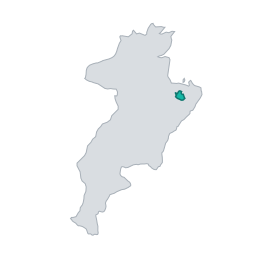 location of Kusong City, P'yŏngan-bukto, North Korea, rotated 163°
{"feature_id": "82179303B13626815484241", "entity_name": "Kusong City", "entity_type": "district", "adm_level": 2, "iso_a3": "PRK", "parent_name": "North Korea", "parent_adm1": "P'yŏngan-bukto", "projection": "albers", "projection_center": [125.193, 39.953], "detail": "fine", "context": "in_parent", "style": "filled", "palette": "teal", "viewbox_px": 256, "rotation_deg": 163, "n_neighbors": 0, "source": "geoboundaries", "source_scale": "gbopen_adm2", "svg_char_len": 3803}
<svg xmlns="http://www.w3.org/2000/svg" viewBox="0 0 256 256"><g transform="rotate(163 128 128)"><path d="M154.9,188.1L154.0,188.6L152.4,191.6L151.0,195.3L149.6,197.4L148.0,198.5L146.2,199.3L142.6,199.6L139.3,199.5L138.2,199.1L133.7,199.5L132.4,199.8L125.9,199.6L122.6,200.0L120.4,200.8L118.3,202.3L116.4,204.6L114.8,207.1L111.5,211.5L109.1,213.7L109.2,216.8L109.1,217.7L108.3,218.4L108.0,218.1L106.6,217.9L101.0,215.1L96.5,216.9L95.4,219.2L94.2,219.9L92.3,215.5L89.3,215.4L84.6,211.6L82.6,212.4L82.1,214.0L79.5,217.5L75.9,220.5L74.7,220.9L73.4,220.7L73.6,219.9L72.1,216.6L66.4,215.2L64.3,213.8L63.3,213.5L68.9,209.8L70.4,209.2L69.3,208.3L68.1,207.9L63.5,208.5L61.1,207.2L57.6,207.6L55.2,206.6L60.2,203.1L60.5,200.9L60.4,199.3L62.9,194.5L65.5,191.9L72.0,188.1L74.9,187.6L77.0,187.8L78.7,187.4L76.9,186.0L75.1,185.3L71.7,185.5L68.2,183.3L67.9,181.0L74.7,166.6L74.8,165.3L73.7,161.8L73.4,158.3L68.5,156.4L66.4,156.1L60.2,152.3L57.8,150.3L56.8,150.9L56.6,154.0L55.7,154.7L54.1,155.2L53.3,151.7L52.0,149.2L47.9,146.5L46.5,145.1L47.2,142.0L46.9,141.7L47.5,138.3L50.1,135.6L56.2,130.9L57.8,128.7L60.9,126.0L62.3,126.1L63.7,125.9L64.2,124.7L64.5,123.8L65.7,123.0L68.7,121.6L72.1,119.7L74.8,119.1L78.1,116.3L79.4,115.0L80.7,115.0L81.1,114.4L81.9,112.9L82.9,111.9L84.4,111.7L86.7,111.0L89.7,110.6L91.7,108.2L92.4,106.4L93.7,104.5L96.5,102.4L98.4,99.4L100.6,96.0L101.6,95.0L102.6,94.7L103.2,93.5L103.8,90.0L104.7,86.5L105.3,84.9L107.8,83.1L108.4,82.2L108.9,81.9L110.1,82.2L111.6,81.1L113.0,79.9L114.4,80.3L115.7,81.2L117.2,83.1L117.8,84.6L119.0,85.8L119.2,87.6L120.4,88.4L122.7,88.8L126.6,89.9L129.1,89.9L130.6,90.8L133.6,91.2L139.6,90.3L142.0,90.7L143.1,91.8L144.7,92.7L145.6,92.7L146.9,91.1L148.2,88.5L149.1,86.5L149.0,85.0L148.1,83.3L146.1,81.9L144.8,79.5L143.4,77.1L142.7,76.3L142.1,75.1L141.9,73.3L142.3,72.0L145.2,71.1L149.0,70.5L152.1,70.9L157.2,70.4L160.3,69.6L162.6,69.6L164.8,69.5L165.7,68.4L168.6,65.7L170.0,64.7L171.5,62.9L171.7,61.1L171.9,59.6L172.7,58.0L174.2,56.1L175.5,55.1L177.0,55.1L178.6,56.0L179.6,56.8L180.7,56.5L181.6,54.9L182.2,54.6L184.0,54.4L184.5,53.4L184.9,48.9L185.4,45.4L185.5,42.9L186.8,38.8L187.2,36.3L188.1,35.1L189.2,35.2L190.1,35.8L191.3,36.2L192.8,35.7L193.9,36.3L194.6,37.6L196.9,38.3L197.2,39.0L197.4,43.4L198.8,45.4L200.5,47.2L202.9,48.7L204.1,49.0L204.9,50.2L205.8,52.3L207.5,54.2L208.5,55.6L208.7,57.2L209.5,58.0L208.3,59.0L206.5,58.5L203.6,58.4L200.2,61.6L198.2,62.8L196.9,65.8L194.2,67.8L192.7,69.7L190.9,73.1L189.7,76.3L186.8,79.7L185.2,83.9L185.2,87.3L187.4,90.8L187.7,93.8L186.6,100.1L187.8,106.7L187.0,109.3L177.6,114.3L175.2,116.7L171.9,122.7L167.7,125.1L165.1,127.6L161.4,129.2L159.2,133.4L156.7,135.8L153.6,137.4L151.3,139.3L146.1,139.6L142.4,141.0L139.9,144.5L132.0,148.7L131.0,151.7L131.7,156.3L131.8,159.8L131.2,162.7L129.4,161.9L128.5,162.9L127.5,165.6L127.9,168.6L130.7,169.6L133.0,170.8L136.1,171.3L138.5,172.6L143.7,178.9L147.9,181.6L149.0,182.6L151.4,184.0L153.6,186.1L154.9,188.1ZM61.2,158.0L59.7,159.0L59.6,157.2L60.8,155.7L62.0,155.5L61.2,158.0Z" fill="#d9dde1" stroke="#a8b0b8" stroke-width="1"/><path d="M65.3,144.0L65.5,144.0L66.1,144.2L66.6,144.7L66.8,145.2L67.0,145.6L66.7,146.3L66.6,146.9L66.7,147.4L66.8,147.6L66.6,147.6L66.8,147.8L67.0,147.9L67.2,148.1L67.5,148.3L67.9,148.3L68.1,148.4L68.5,148.3L69.3,147.8L69.7,147.4L70.0,147.1L70.6,146.6L71.1,146.3L71.5,146.6L71.7,147.2L72.0,147.6L72.3,147.7L72.4,147.4L72.4,146.9L72.4,146.5L72.2,145.9L72.1,145.2L72.6,145.0L72.6,144.7L72.9,144.3L73.3,144.0L73.2,143.8L73.1,143.6L72.9,143.2L72.6,142.6L72.1,142.1L72.0,141.8L71.2,141.2L70.7,140.7L69.9,140.1L69.4,139.5L68.7,139.0L68.3,138.9L67.4,138.7L66.7,138.8L66.0,139.2L65.6,139.5L65.0,139.7L65.1,140.4L65.2,140.5L65.2,141.2L65.3,141.7L65.3,142.4L65.3,143.2L65.3,143.6L65.3,143.9L65.3,144.0Z" fill="#14b8a6" stroke="#0f766e" stroke-width="1.5"/></g></svg>